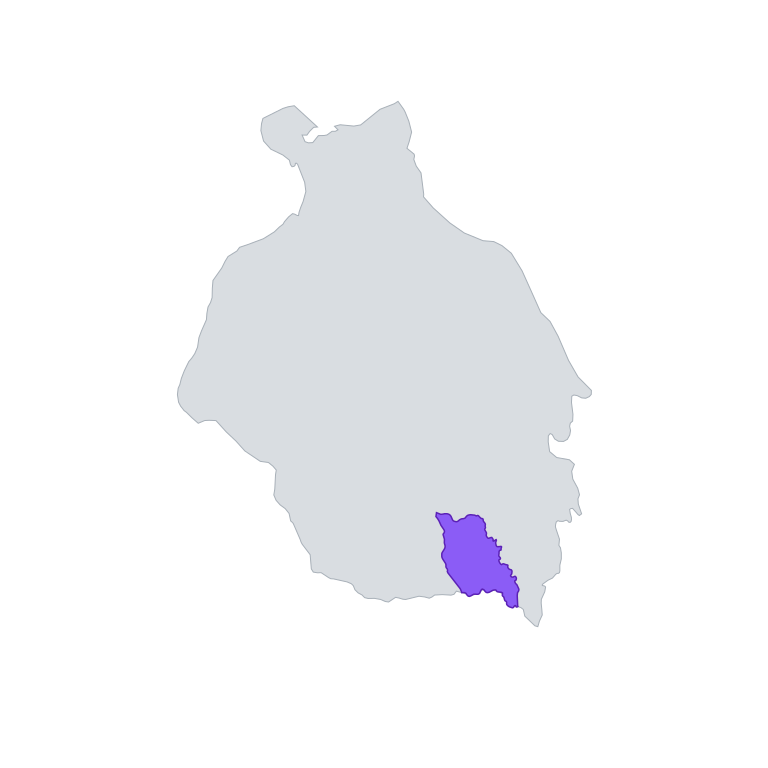 location of Arad within Romania, rotated 235°
{"feature_id": "ROU-276", "entity_name": "Arad", "entity_type": "County", "adm_level": 1, "iso_a3": "ROU", "parent_name": "Romania", "parent_adm1": "", "projection": "equal_earth", "projection_center": [21.659, 46.275], "detail": "fine", "context": "in_parent", "style": "filled", "palette": "violet", "viewbox_px": 768, "rotation_deg": 235, "n_neighbors": 0, "source": "natural_earth", "source_scale": "10m", "svg_char_len": 6687}
<svg xmlns="http://www.w3.org/2000/svg" viewBox="0 0 768 768"><g transform="rotate(235 384 384)"><path d="M579.8,422.3L586.5,430.4L594.7,434.7L613.7,439.3L615.4,438.7L615.5,437.9L614.2,436.7L613.9,435.2L614.7,433.3L617.3,433.2L621.6,434.9L629.6,432.5L641.2,426.0L652.1,424.7L662.2,428.5L667.5,433.0L671.0,437.2L670.2,442.5L669.7,445.8L667.7,459.3L666.1,464.4L663.4,470.1L632.7,476.9L634.6,473.6L633.6,467.9L632.1,463.6L634.9,459.7L627.8,458.3L624.9,460.4L622.6,464.1L625.1,472.7L621.9,477.5L620.7,480.1L620.8,486.4L618.9,489.1L618.6,492.1L623.5,491.3L621.5,496.8L612.6,507.2L609.6,513.5L611.3,538.3L607.7,553.1L607.5,557.6L597.6,557.7L594.6,557.3L585.1,555.1L574.5,551.1L568.0,543.5L563.9,538.0L555.0,540.5L553.3,539.8L550.8,537.2L544.0,535.4L535.7,535.4L516.7,525.4L514.6,523.7L500.0,525.3L478.2,530.3L461.6,536.4L444.6,547.3L437.7,555.6L429.7,560.0L418.1,563.3L397.4,562.0L375.8,557.9L352.5,553.4L340.0,555.9L323.1,554.0L297.5,548.7L278.5,547.0L259.8,550.2L256.6,547.8L255.9,545.0L256.6,541.1L259.2,538.0L263.7,535.6L266.1,533.2L266.3,530.8L261.2,526.9L250.8,521.4L246.5,518.1L245.4,517.2L245.1,514.2L242.9,511.8L238.9,510.1L235.7,506.9L233.5,502.4L234.0,498.1L237.1,494.0L241.1,492.3L246.1,492.8L248.1,491.7L247.3,488.9L242.4,485.3L233.6,480.9L224.7,483.3L215.6,492.4L209.0,493.9L204.9,487.7L197.8,484.1L187.5,482.9L181.1,480.6L178.7,477.0L174.2,474.3L164.3,471.4L164.2,468.6L165.8,468.0L169.3,467.7L174.0,467.1L174.8,465.5L174.8,464.1L171.1,462.3L167.3,461.0L165.4,459.8L164.1,458.4L163.9,457.0L165.0,456.0L166.5,456.0L168.0,455.1L168.8,451.8L170.9,449.0L172.3,448.1L172.2,446.0L170.7,444.2L168.7,442.5L165.7,441.5L156.2,438.7L151.5,434.7L148.6,434.6L144.0,432.4L139.0,428.9L134.7,424.1L130.1,420.9L128.9,419.6L128.8,418.4L129.6,417.0L129.6,415.5L128.4,410.7L129.2,405.7L129.1,400.9L129.0,398.8L128.1,398.1L127.3,398.9L126.2,399.8L125.0,399.9L121.6,396.5L117.4,389.4L114.4,387.1L108.7,383.9L104.0,381.1L100.6,375.3L97.0,370.8L99.4,368.9L113.1,366.2L119.4,368.8L122.3,367.9L125.1,365.8L126.6,364.1L126.9,362.3L128.3,360.0L133.0,359.0L145.2,360.3L150.1,357.2L152.0,355.5L153.1,351.8L154.4,348.7L158.8,347.1L158.7,344.4L158.0,341.4L160.6,334.7L162.1,331.9L164.6,330.9L167.6,328.8L172.8,324.5L171.6,320.7L172.6,317.8L178.0,311.0L182.1,304.4L182.0,301.1L182.6,298.2L186.3,295.1L190.1,290.9L195.1,278.1L196.9,276.0L200.1,273.5L202.6,271.1L202.8,262.7L205.1,260.3L209.5,257.6L213.9,253.2L217.4,248.0L220.1,245.6L223.8,245.0L227.7,243.0L232.1,242.2L236.4,243.2L239.1,242.7L243.1,240.2L253.5,230.7L254.9,228.8L257.1,227.6L265.5,224.3L267.6,221.1L270.5,218.2L274.2,218.4L286.5,225.6L299.7,225.1L302.1,225.4L302.8,225.6L304.4,226.1L321.9,229.7L324.6,229.3L325.3,229.0L332.4,232.0L338.6,231.6L344.5,229.6L350.6,228.9L356.3,230.1L360.6,234.3L371.9,243.1L375.3,246.4L380.4,245.9L386.0,244.3L391.6,238.3L409.0,231.6L422.3,230.0L435.3,227.3L450.4,225.4L454.6,219.9L456.9,216.2L458.4,209.3L466.5,207.3L474.2,205.9L476.9,205.0L482.5,204.7L486.9,205.3L493.8,208.7L498.6,213.0L500.6,216.4L504.8,221.2L509.3,227.9L514.3,236.9L515.5,241.5L517.4,246.4L521.1,252.4L528.1,259.0L529.0,260.3L532.2,265.0L538.5,275.4L543.5,279.5L548.0,284.0L550.2,288.6L553.4,292.8L560.9,298.3L566.9,303.3L572.1,317.7L575.7,324.3L577.9,329.4L577.3,339.7L578.8,344.1L576.4,352.2L572.2,368.4L571.5,381.4L572.6,388.4L572.8,392.9L574.1,395.7L575.6,401.7L576.0,406.8L574.3,408.3L571.9,409.5L571.0,410.6L573.4,412.9L576.6,417.3L579.8,422.3Z" fill="#d9dde1" stroke="#a8b0b8" stroke-width="1"/><path d="M165.4,331.1L166.7,330.5L167.9,329.0L168.4,328.0L169.7,328.4L172.5,329.0L192.5,328.0L194.1,328.3L194.5,328.8L194.9,329.2L195.8,329.6L196.6,329.7L197.7,329.6L198.5,329.8L199.4,330.3L200.2,331.0L201.7,331.5L207.0,331.7L208.6,332.0L209.7,332.5L210.4,333.0L211.7,333.9L212.2,334.4L212.7,335.3L214.0,338.4L214.7,339.7L215.6,340.7L216.8,341.4L218.3,341.9L219.3,342.3L222.2,344.5L226.7,346.0L227.2,346.5L227.4,347.2L227.7,348.0L228.3,348.8L229.2,349.3L230.2,349.5L235.6,349.6L240.2,350.5L243.1,350.7L245.6,350.5L248.5,353.2L244.6,355.8L243.5,357.9L243.0,359.2L241.6,361.2L240.4,362.2L239.3,362.8L237.8,363.0L236.7,362.9L233.3,362.2L232.2,362.3L231.4,362.7L230.0,363.9L229.5,364.6L229.2,365.5L229.4,368.1L229.3,369.1L229.0,370.3L228.1,371.9L227.8,372.9L227.7,373.7L228.3,375.5L228.4,376.3L228.4,377.3L228.0,378.5L227.3,379.9L224.5,383.1L223.4,383.7L223.2,383.9L222.9,384.2L222.6,385.3L222.3,385.6L221.9,385.8L220.9,385.9L218.6,386.3L218.2,386.6L217.7,386.9L217.4,387.3L216.9,387.6L216.4,387.6L214.9,386.8L214.1,386.7L212.9,386.8L211.9,386.8L211.0,386.6L210.4,386.1L209.9,385.6L209.5,385.3L208.5,384.9L208.0,384.6L207.8,384.2L207.6,383.6L207.2,383.2L206.6,382.9L204.3,382.7L203.2,382.5L202.4,381.9L201.9,381.3L201.3,380.9L200.4,380.6L199.0,380.6L198.2,380.7L197.8,381.0L197.5,381.4L197.4,381.8L196.9,383.6L196.7,384.0L196.4,384.3L195.9,384.3L194.6,384.3L194.0,384.2L193.4,383.7L193.0,383.4L192.7,383.4L192.4,383.9L192.3,384.4L192.3,385.1L192.3,386.2L192.2,386.6L191.6,386.5L191.1,385.9L190.4,384.9L189.9,384.4L189.2,384.0L187.2,383.2L186.3,383.2L185.8,383.5L185.4,384.0L184.6,385.3L184.0,386.5L183.6,386.9L183.2,386.9L182.7,386.4L182.4,385.9L182.0,385.5L181.3,385.0L181.0,384.8L180.9,384.4L181.0,384.1L181.2,383.6L181.3,383.2L181.1,382.7L180.6,382.0L179.3,381.1L178.0,379.9L177.4,379.5L176.7,379.4L175.1,379.6L174.4,379.4L174.0,378.9L173.9,378.3L173.9,377.6L173.9,377.1L173.3,376.7L172.4,376.4L170.4,376.2L169.4,376.3L168.7,376.6L168.6,377.0L168.6,377.6L168.5,378.1L168.3,378.6L167.9,379.0L166.3,380.1L165.0,381.3L164.6,381.5L164.2,381.4L163.3,380.5L162.7,380.2L161.6,380.2L160.8,380.3L160.1,380.6L158.7,381.7L157.8,381.7L156.8,381.2L155.2,379.7L154.8,378.8L154.7,378.1L154.5,377.8L154.1,377.6L153.2,377.7L152.6,378.0L152.1,378.5L151.8,378.9L151.7,379.4L151.6,380.3L151.5,380.7L151.3,381.0L150.9,381.3L150.2,381.3L149.3,381.2L148.6,380.8L147.8,379.9L147.6,379.3L147.8,378.4L147.5,378.0L146.9,377.7L145.6,377.4L144.9,377.4L143.7,377.7L143.2,377.7L139.5,377.0L138.6,376.8L137.9,376.3L137.1,375.3L136.5,373.7L134.3,371.8L125.8,366.4L124.9,366.1L125.0,365.1L125.3,364.6L125.7,364.4L126.3,364.6L126.9,364.7L127.4,364.2L127.4,363.6L126.8,361.9L126.8,361.2L127.1,360.7L129.4,359.0L130.0,358.7L130.7,358.4L131.9,358.1L133.1,358.1L133.7,358.4L134.8,359.2L135.3,359.4L135.9,359.4L136.7,358.9L137.2,358.8L138.2,359.0L140.5,359.9L141.7,359.8L142.2,359.6L142.7,359.6L143.2,359.8L143.6,360.3L144.8,361.2L145.9,360.8L148.8,357.7L149.2,357.5L150.9,357.5L151.5,357.1L152.2,355.9L152.7,354.4L153.0,351.0L153.6,349.3L154.6,348.2L155.8,347.9L158.3,347.8L159.7,346.8L159.4,345.1L157.6,342.1L157.8,340.5L158.6,339.3L159.6,338.1L160.4,336.7L160.6,333.7L161.0,332.2L161.9,331.3L163.2,331.0L165.4,331.1Z" fill="#8b5cf6" stroke="#5b21b6" stroke-width="1.5"/></g></svg>